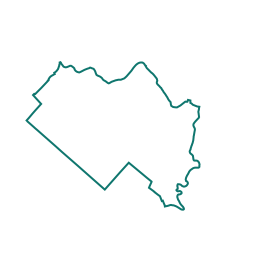 Ograda, Ialomita, Romania (Mercator projection), rotated 310°
{"feature_id": "2599482B18669147098615", "entity_name": "Ograda", "entity_type": "district", "adm_level": 2, "iso_a3": "ROU", "parent_name": "Romania", "parent_adm1": "Ialomita", "projection": "mercator", "projection_center": [27.562, 44.65], "detail": "fine", "context": "isolated", "style": "outline", "palette": "teal", "viewbox_px": 256, "rotation_deg": 310, "n_neighbors": 0, "source": "geoboundaries", "source_scale": "gbopen_adm2", "svg_char_len": 5019}
<svg xmlns="http://www.w3.org/2000/svg" viewBox="0 0 256 256"><g transform="rotate(310 128 128)"><path d="M164.4,183.4L168.0,181.3L169.3,180.6L170.1,180.0L170.5,179.5L170.9,178.7L171.3,177.6L171.8,176.7L172.2,176.3L172.7,175.9L173.3,175.6L174.0,175.5L175.1,175.4L176.5,175.4L178.5,175.5L180.1,175.6L181.0,175.7L181.6,175.5L182.1,175.4L182.4,175.0L183.1,174.3L183.7,173.6L184.3,173.0L184.9,172.3L185.5,171.6L185.9,171.3L186.3,171.1L186.8,170.9L187.5,170.5L188.1,170.2L188.8,169.7L190.1,169.0L189.5,168.0L189.0,167.3L187.5,162.8L187.5,162.1L187.6,161.5L187.6,161.2L187.6,160.8L187.3,159.7L189.2,158.1L188.1,155.9L187.3,156.2L186.4,156.6L186.1,156.5L185.1,155.0L184.8,154.9L181.5,154.2L179.0,153.7L175.3,152.3L174.9,151.8L174.2,150.9L173.6,149.9L173.1,149.1L172.8,146.9L173.6,145.7L175.2,144.0L175.5,141.7L176.0,140.1L176.8,138.3L177.1,137.1L177.4,136.3L178.0,134.3L178.4,132.3L179.0,130.8L179.2,130.0L179.3,129.2L179.5,128.8L179.8,128.4L179.9,127.8L180.0,127.5L179.9,127.3L180.0,126.3L180.2,125.4L180.4,122.8L180.6,121.9L180.9,121.3L181.0,121.1L181.4,120.8L181.8,120.5L183.0,120.1L184.3,118.3L185.1,114.5L185.4,112.8L185.5,111.3L185.4,110.3L185.6,108.0L185.8,106.2L185.9,104.7L186.0,103.9L186.2,103.3L186.8,101.6L187.1,101.6L187.1,101.2L187.1,100.9L187.1,100.7L187.3,99.9L187.6,99.1L187.6,98.2L187.5,97.4L187.5,97.2L187.1,96.5L185.9,95.2L185.0,94.6L183.6,94.0L181.8,93.6L180.0,93.5L177.5,93.5L174.2,93.8L172.6,93.8L166.6,93.7L163.7,93.3L163.3,93.1L160.4,91.5L158.8,89.6L157.6,88.7L156.6,87.9L152.8,85.7L150.4,84.9L149.8,84.5L149.5,83.4L149.4,80.8L149.0,78.8L149.0,77.7L149.5,76.0L149.5,74.0L149.1,72.5L148.7,71.3L148.5,70.3L148.5,69.6L149.4,67.9L150.3,66.5L150.9,64.9L151.2,63.6L150.4,61.5L150.2,60.7L150.0,60.3L149.7,60.0L149.1,59.9L147.2,58.7L144.6,57.3L140.7,55.7L139.3,55.0L138.8,54.2L138.2,52.6L138.1,51.2L138.4,49.7L139.2,48.5L139.3,47.3L139.2,45.6L139.2,45.3L139.0,44.3L138.4,43.6L137.9,43.4L135.6,42.2L134.5,41.4L133.9,40.3L133.7,39.7L133.6,39.0L134.0,37.5L134.3,35.8L134.9,34.6L135.0,33.8L134.9,33.2L135.0,33.0L134.9,33.1L134.6,33.3L134.4,33.4L134.3,33.5L134.1,33.7L133.7,34.1L133.5,34.3L133.4,34.3L133.2,34.4L132.6,34.6L132.4,34.7L132.0,34.9L131.7,35.2L131.4,35.4L131.0,35.4L130.5,35.6L129.6,36.0L128.7,36.3L128.2,36.5L126.7,36.6L125.9,36.6L125.3,36.6L123.7,36.3L122.9,36.0L122.2,37.2L121.8,37.0L119.5,36.2L118.9,35.9L118.4,35.8L118.0,35.7L117.6,35.6L117.0,35.6L116.5,35.5L115.9,35.6L115.0,35.7L114.5,35.8L114.1,35.9L114.0,36.0L113.9,36.3L112.8,36.2L112.8,36.4L102.7,35.8L99.4,35.5L94.3,35.1L94.1,35.0L94.0,34.8L94.0,34.3L93.9,34.2L92.2,34.1L90.6,46.0L82.1,45.7L77.7,45.6L75.8,45.6L75.5,45.6L71.8,45.6L69.2,45.5L68.6,45.5L68.6,46.1L68.4,46.7L68.4,47.2L68.3,50.9L68.3,51.2L68.2,54.7L68.2,55.0L68.1,57.3L68.1,58.4L68.1,58.9L68.1,59.2L68.1,59.5L68.0,63.5L67.5,84.0L67.2,93.1L66.8,114.1L66.6,121.4L66.2,137.3L65.9,149.6L65.9,149.8L89.1,150.4L101.9,150.9L102.0,170.0L102.0,174.0L102.1,180.5L101.8,180.7L97.2,182.0L95.7,182.5L96.0,187.3L96.1,189.4L95.9,189.6L96.0,190.6L96.1,193.5L96.3,196.3L96.2,196.5L94.0,200.5L93.8,200.9L94.7,201.4L93.6,203.4L93.1,204.4L92.6,205.4L92.3,206.1L92.0,206.2L91.9,206.4L91.6,206.7L92.5,207.4L93.9,208.5L95.0,209.2L96.0,209.8L96.7,210.4L97.1,211.2L97.5,211.9L98.1,212.7L98.4,213.6L98.6,214.1L99.0,215.4L99.2,216.4L99.5,218.4L99.8,220.8L99.9,221.2L100.2,221.8L100.4,222.1L100.6,222.4L101.1,222.9L101.7,223.0L102.1,222.7L102.4,222.3L102.7,221.6L103.0,220.7L103.1,219.8L103.3,218.2L103.5,217.2L104.1,215.5L104.7,214.4L105.0,213.5L105.4,212.3L106.3,210.9L106.6,210.4L107.2,209.8L108.1,209.3L108.9,209.2L109.5,209.4L110.0,209.9L110.5,210.4L111.3,210.8L112.0,211.0L112.6,210.9L113.0,210.5L113.3,210.0L113.3,209.3L113.2,208.6L112.9,208.1L112.4,207.6L111.8,207.1L111.4,206.6L111.3,205.9L111.4,205.2L111.8,204.9L112.6,205.0L113.3,205.2L113.8,204.8L114.3,204.3L114.7,203.9L115.2,203.1L115.8,202.7L116.5,202.4L116.9,202.3L117.2,202.6L117.6,203.1L117.9,203.6L118.2,204.1L118.4,204.7L118.5,205.4L118.4,206.2L118.4,207.0L118.8,207.9L119.0,208.5L119.3,208.8L120.2,209.4L121.1,209.8L121.8,209.9L122.3,209.9L123.1,209.8L123.6,209.7L123.9,209.6L124.2,209.3L124.6,208.9L124.8,208.4L125.0,207.7L124.8,207.0L124.7,206.7L124.8,206.4L125.1,206.1L125.4,205.6L125.7,205.3L126.2,205.0L126.8,204.7L127.4,204.4L128.1,204.2L129.6,203.8L130.9,203.6L131.7,203.5L132.4,203.3L134.1,202.9L136.0,202.9L139.0,203.7L140.2,204.4L141.3,205.5L142.0,206.4L142.7,207.3L143.4,207.7L144.0,207.7L144.6,207.3L145.1,206.8L146.0,206.3L146.6,205.5L147.2,204.5L147.4,203.6L147.5,202.8L147.4,202.1L147.0,201.4L146.5,200.7L146.0,200.2L145.6,199.5L145.7,198.9L145.9,198.5L146.3,198.0L146.6,197.7L147.1,197.1L147.5,196.7L148.0,196.1L148.4,195.7L148.5,195.4L148.6,194.9L148.7,194.4L148.7,193.8L148.7,193.2L148.6,192.6L148.7,192.0L148.9,191.4L149.2,190.9L149.6,190.4L150.1,190.1L150.6,189.9L151.2,189.8L151.8,189.7L152.2,189.4L152.8,189.1L153.3,188.9L154.3,188.5L154.9,188.2L156.0,187.9L156.6,187.6L158.1,187.1L158.9,186.7L159.7,186.3L160.4,186.0L163.1,184.2L163.9,183.6L164.4,183.4Z" fill="none" stroke="#0f766e" stroke-width="2"/></g></svg>